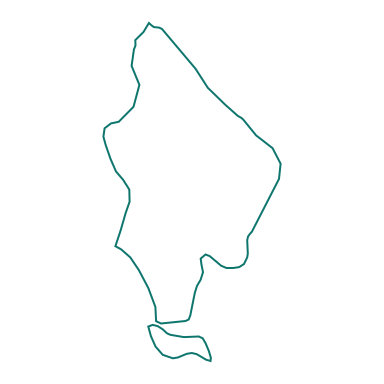 an SVG outline of La Altagracia
{"feature_id": "DOM-1987", "entity_name": "La Altagracia", "entity_type": "Province", "adm_level": 1, "iso_a3": "DOM", "parent_name": "Dominican Republic", "parent_adm1": "", "projection": "equal_earth", "projection_center": [-68.677, 18.544], "detail": "fine", "context": "isolated", "style": "outline", "palette": "teal", "viewbox_px": 384, "rotation_deg": 0, "n_neighbors": 0, "source": "natural_earth", "source_scale": "10m", "svg_char_len": 1170}
<svg xmlns="http://www.w3.org/2000/svg" viewBox="0 0 384 384"><path d="M148.9,23.0L151.3,25.2L153.9,27.1L159.1,27.6L162.0,29.0L195.5,68.7L207.8,87.8L225.2,104.7L237.7,115.8L241.2,117.8L243.1,119.4L256.1,135.4L272.6,148.2L280.6,163.7L279.0,178.9L251.9,231.7L250.0,233.8L248.1,236.4L247.2,240.1L247.8,253.6L247.2,257.4L244.0,264.0L239.2,267.1L233.2,268.0L226.4,268.0L221.1,265.7L209.7,256.1L205.5,254.5L200.7,258.6L201.5,264.8L203.0,272.2L200.6,279.8L197.0,285.9L194.8,292.9L190.3,315.4L188.7,319.5L185.5,321.0L161.0,323.5L156.1,321.2L155.4,307.0L148.4,288.2L138.8,270.0L130.3,257.4L121.2,249.4L115.4,246.2L120.6,230.5L125.7,212.9L129.6,201.7L129.3,189.6L123.2,179.9L116.0,171.5L110.4,158.6L105.6,144.7L103.4,136.7L104.6,128.3L111.0,123.4L118.7,121.8L133.5,106.8L139.4,84.9L131.6,65.9L133.9,49.6L135.5,45.4L135.3,40.1L143.5,32.0L148.9,23.0ZM183.8,337.1L198.8,336.5L202.7,338.3L205.6,343.3L208.8,350.9L210.9,357.9L210.5,361.0L206.1,359.7L196.8,354.2L191.9,353.0L186.8,353.8L177.8,357.5L172.9,358.3L162.7,354.8L155.5,346.5L150.9,336.1L148.3,326.5L152.6,324.9L157.7,326.1L162.7,329.3L167.0,333.3L170.3,334.8L183.8,337.1Z" fill="none" stroke="#0f766e" stroke-width="2"/></svg>